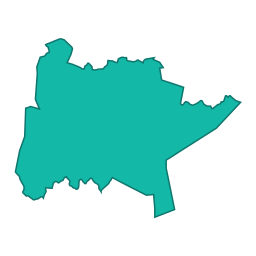 Santo Domingo Tonalá, Oaxaca, Mexico (Natural Earth projection)
{"feature_id": "50627088B17926070063491", "entity_name": "Santo Domingo Tonalá", "entity_type": "district", "adm_level": 2, "iso_a3": "MEX", "parent_name": "Mexico", "parent_adm1": "Oaxaca", "projection": "natural_earth1", "projection_center": [-97.996, 17.68], "detail": "fine", "context": "isolated", "style": "filled", "palette": "teal", "viewbox_px": 256, "rotation_deg": 0, "n_neighbors": 0, "source": "geoboundaries", "source_scale": "gbopen_adm2", "svg_char_len": 3671}
<svg xmlns="http://www.w3.org/2000/svg" viewBox="0 0 256 256"><path d="M37.3,74.2L37.1,76.2L35.4,99.4L39.5,109.0L33.1,107.2L30.6,106.5L27.8,107.6L25.7,108.2L24.7,136.6L19.6,150.8L15.4,172.0L18.3,175.3L19.4,176.4L19.8,178.2L20.0,179.1L21.9,182.8L22.9,184.4L24.0,186.3L24.0,189.5L22.8,191.8L23.0,192.9L24.1,193.9L26.3,196.1L27.5,195.7L28.3,196.1L28.7,196.3L33.3,199.7L34.0,199.9L35.9,199.2L36.3,199.1L37.9,198.9L39.1,198.0L41.2,196.8L42.3,196.8L43.4,198.1L43.5,197.1L43.8,196.8L44.2,195.1L46.1,191.5L45.5,188.5L45.8,187.8L47.3,187.9L52.1,188.3L53.3,183.4L54.0,182.5L55.7,181.4L56.4,181.5L58.5,182.9L59.3,182.5L60.6,181.3L62.9,180.4L63.2,179.9L64.4,177.6L66.4,176.7L66.3,177.5L67.0,177.7L67.9,178.9L68.5,179.5L68.8,179.8L69.3,180.1L69.6,180.6L69.8,181.0L69.8,181.3L69.7,182.4L69.7,182.7L69.3,183.5L69.3,184.3L69.7,185.3L70.0,185.7L71.4,186.1L72.1,186.5L72.5,187.2L73.4,187.9L75.2,188.2L75.8,188.7L76.0,189.2L76.6,189.3L76.9,189.2L77.2,189.1L77.6,188.8L78.3,187.9L78.5,187.4L78.7,186.4L78.7,186.0L78.8,185.4L78.9,184.6L78.8,183.9L79.0,182.8L78.9,181.6L79.6,180.2L80.2,179.6L80.6,179.4L81.2,179.3L81.7,179.6L82.1,180.1L82.4,180.6L82.6,181.1L82.9,181.5L83.3,182.0L83.7,182.4L84.3,182.9L84.7,183.5L85.4,183.7L86.1,183.2L86.3,182.5L86.9,181.7L87.4,181.0L87.8,180.8L88.2,180.5L88.7,180.3L89.1,179.6L89.5,179.2L89.9,179.0L90.2,178.6L90.8,178.3L91.6,178.2L92.2,179.1L92.5,179.4L92.6,179.6L92.8,180.1L93.2,180.8L93.7,181.5L94.3,181.9L95.1,182.9L96.0,183.2L97.4,184.1L98.1,184.5L99.0,186.4L98.8,187.5L98.9,188.2L99.1,189.0L99.7,189.8L100.4,190.6L100.8,191.3L101.1,191.8L101.1,191.4L101.1,190.9L101.8,189.7L102.4,189.2L108.7,183.5L109.4,182.0L110.3,180.8L111.2,179.7L111.8,178.3L112.4,177.6L112.9,177.9L113.0,177.9L117.6,180.4L126.6,185.1L146.4,195.2L153.6,194.5L154.8,208.3L154.8,217.2L174.6,209.5L166.2,168.3L166.2,160.5L166.2,160.1L176.0,153.9L178.4,152.3L216.0,128.4L216.5,128.0L216.7,127.8L240.6,102.3L235.9,100.7L232.7,98.1L230.1,95.7L229.3,95.9L228.1,97.2L226.5,95.7L225.5,95.9L223.9,100.8L223.1,101.7L221.0,102.0L220.5,103.7L218.6,104.5L217.9,104.5L212.6,108.7L211.8,108.4L210.6,106.1L207.5,106.2L204.1,104.5L201.9,100.7L200.6,100.6L198.4,102.5L195.6,104.1L192.4,105.3L189.6,104.0L188.3,102.4L185.5,101.7L184.7,102.6L182.9,104.9L181.5,104.8L180.5,103.5L183.6,87.3L161.6,80.0L159.7,68.2L163.2,67.6L159.7,62.3L153.1,59.4L154.2,57.7L145.5,59.2L144.1,60.4L143.3,61.6L143.1,62.9L138.5,60.4L138.3,60.1L137.2,60.1L136.3,60.9L135.1,61.5L134.1,61.7L132.8,61.8L131.6,61.5L130.6,61.3L129.5,61.0L128.5,61.0L127.6,60.8L127.1,60.4L126.6,59.5L126.7,58.7L126.6,58.0L126.4,57.6L125.1,57.7L124.4,57.7L123.6,57.4L122.7,57.3L121.4,57.4L120.2,57.9L119.1,58.5L118.3,59.0L118.1,59.7L118.0,60.6L117.7,61.2L117.5,62.0L117.2,62.5L116.1,62.4L115.4,62.3L114.7,62.0L113.7,61.5L113.1,61.2L112.4,60.9L111.7,61.0L110.7,60.8L109.5,60.7L108.7,60.6L108.2,60.4L107.7,61.1L107.7,61.9L107.9,62.6L107.1,65.1L105.5,66.4L104.8,66.7L104.4,67.2L104.1,67.7L103.8,68.3L103.0,68.9L102.0,68.9L100.6,69.1L99.7,69.1L99.0,69.1L98.3,69.2L96.9,69.6L95.5,69.9L94.2,70.0L93.2,69.7L92.9,69.7L92.4,69.4L92.2,68.6L92.1,68.0L91.9,67.2L92.0,66.7L91.6,66.3L91.1,65.6L90.0,64.6L89.3,63.8L88.9,63.5L88.5,63.2L87.7,63.3L87.3,64.0L86.9,64.9L86.2,65.3L85.7,65.7L85.1,65.9L84.8,66.5L84.2,68.9L82.3,68.9L79.8,67.3L72.2,64.2L67.1,62.8L70.9,54.5L72.5,48.9L71.8,47.1L64.0,39.7L60.7,38.8L59.0,39.2L45.6,44.6L46.0,45.4L46.7,46.3L47.4,46.7L47.9,47.1L48.3,47.3L48.4,48.0L48.5,48.9L48.8,49.8L49.1,50.3L49.0,51.8L49.1,52.3L48.9,52.7L48.4,52.8L47.5,52.9L46.6,53.5L46.2,53.9L45.6,54.8L45.2,55.7L44.2,56.2L43.7,56.4L42.8,56.5L42.0,56.7L41.0,57.0L40.2,57.2L36.8,67.1L36.9,67.7L37.3,74.0L37.3,74.2Z" fill="#14b8a6" stroke="#0f766e" stroke-width="1.5"/></svg>